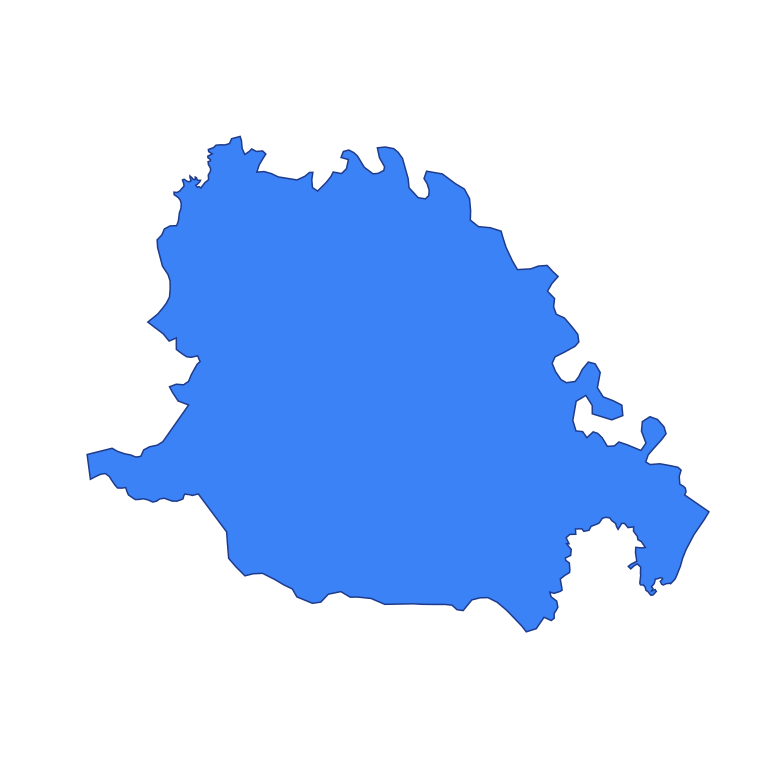 outline of Ledang, Johor, Malaysia, rotated 262°
{"feature_id": "92858781B19407525562459", "entity_name": "Ledang", "entity_type": "district", "adm_level": 2, "iso_a3": "MYS", "parent_name": "Malaysia", "parent_adm1": "Johor", "projection": "albers", "projection_center": [102.644, 2.275], "detail": "fine", "context": "isolated", "style": "filled", "palette": "blue", "viewbox_px": 768, "rotation_deg": 262, "n_neighbors": 0, "source": "geoboundaries", "source_scale": "gbopen_adm2", "svg_char_len": 5085}
<svg xmlns="http://www.w3.org/2000/svg" viewBox="0 0 768 768"><g transform="rotate(262 384 384)"><path d="M301.0,184.8L259.4,207.6L248.3,206.8L233.0,205.9L223.6,211.9L213.4,219.6L214.3,228.1L213.4,237.4L205.7,248.5L198.9,257.0L193.8,264.7L185.3,268.1L176.8,282.6L176.8,291.1L183.6,299.6L184.4,312.4L177.6,320.9L176.8,327.7L173.4,341.4L165.7,354.1L162.3,382.2L160.6,390.8L158.9,401.8L157.2,413.8L155.5,420.6L150.4,424.8L148.6,430.8L158.0,441.0L158.9,449.5L158.0,457.2L152.1,465.7L143.5,473.4L140.1,476.0L124.8,487.0L118.8,490.4L120.5,500.7L130.7,510.0L126.5,516.7L128.3,519.9L133.2,520.6L135.9,523.0L138.7,525.1L145.0,524.8L149.9,519.9L154.8,519.2L153.0,523.4L154.1,529.6L155.1,531.7L157.9,531.7L166.3,531.4L169.4,536.6L171.5,541.5L174.0,542.2L181.0,542.6L184.1,539.4L186.5,539.4L188.3,545.0L194.2,546.4L197.4,544.3L200.5,542.6L200.1,545.0L206.4,542.9L209.2,547.1L208.5,553.0L213.8,553.4L213.1,559.7L210.3,561.4L210.6,566.6L214.4,569.4L214.4,570.1L215.8,576.1L216.5,577.8L220.7,581.6L221.1,585.1L220.0,589.0L217.2,590.4L213.7,593.9L209.9,594.6L207.5,595.6L213.0,600.1L212.3,602.9L207.8,605.7L207.8,610.3L207.8,611.3L203.6,610.6L200.8,612.0L198.0,613.7L194.6,613.7L192.1,616.9L185.8,620.0L185.8,616.5L187.2,610.6L182.3,609.6L173.3,609.6L171.2,603.6L169.4,600.5L166.6,602.6L169.4,606.8L170.5,609.9L167.0,612.7L160.7,611.6L159.0,611.6L151.2,609.6L149.4,610.0L148.8,612.9L146.5,614.3L143.2,614.7L141.6,616.5L137.8,618.7L137.6,621.0L140.7,624.8L142.7,623.9L141.8,620.3L143.9,621.9L146.1,620.7L148.5,623.6L151.0,624.8L153.0,625.4L153.0,627.2L153.7,630.6L153.0,632.4L152.1,632.8L150.1,630.1L147.0,631.2L146.1,632.6L147.0,635.7L146.8,640.4L146.6,640.4L150.3,645.1L153.7,647.3L157.3,649.3L162.4,652.2L169.8,655.4L178.0,660.1L191.6,669.9L205.3,682.4L212.2,688.0L232.3,666.3L235.2,668.1L239.0,667.9L240.8,666.5L243.7,663.0L251.4,663.5L257.4,666.2L260.6,663.5L263.4,655.9L266.6,646.1L267.2,636.3L270.4,632.4L277.0,635.7L281.4,640.6L290.1,651.0L295.5,656.4L302.6,655.3L310.8,649.9L314.6,642.8L310.8,634.6L301.5,632.4L289.0,635.2L282.4,629.2L290.1,616.1L293.9,608.5L290.6,603.5L291.2,596.5L300.4,592.6L305.3,588.8L307.5,584.5L302.6,577.4L309.2,574.1L310.8,567.6L321.7,565.9L340.2,571.9L344.6,582.3L333.7,587.2L325.5,586.1L316.8,604.6L319.5,616.1L329.9,616.6L335.3,609.0L340.8,599.2L350.6,594.8L365.3,599.7L374.6,595.9L377.3,589.4L370.8,582.3L364.2,577.9L359.9,573.6L359.9,564.8L363.7,559.9L372.4,555.6L381.1,553.4L387.1,557.2L390.4,567.0L394.8,578.5L398.6,582.8L406.2,582.8L413.8,578.5L424.2,571.9L429.1,564.3L436.7,562.7L444.9,564.8L453.1,558.8L460.2,564.3L466.2,571.4L471.6,567.0L478.7,562.1L479.3,553.4L477.6,545.2L478.7,532.1L488.0,528.3L502.2,523.9L511.4,522.3L519.1,521.2L524.0,510.9L526.7,499.4L534.3,492.3L543.6,493.9L555.6,494.5L565.9,490.7L572.5,482.5L583.9,471.0L588.8,455.8L581.9,452.2L576.3,454.6L569.7,455.7L564.4,454.6L561.6,450.8L563.7,443.8L574.9,436.1L584.0,436.5L604.9,433.7L611.5,430.2L615.7,426.4L618.5,418.3L618.8,410.3L608.7,411.0L599.0,414.8L595.5,413.5L593.4,407.5L593.7,402.3L601.4,394.6L613.6,389.4L617.4,386.2L620.6,381.7L619.9,376.1L614.3,373.0L611.2,380.0L602.4,376.8L598.3,371.2L601.0,363.2L596.9,360.4L591.6,354.8L584.3,345.1L588.5,340.5L596.2,340.9L603.5,343.0L603.8,339.5L600.7,334.6L598.2,326.2L603.8,308.1L608.0,301.8L611.1,294.8L611.5,287.5L618.5,291.0L624.1,295.5L628.2,299.0L631.7,296.2L632.1,289.9L635.2,285.7L633.1,283.0L630.7,278.1L637.0,276.3L645.0,276.7L649.2,276.0L648.1,267.2L643.6,264.5L642.9,259.6L643.6,255.4L643.9,250.9L641.8,248.1L640.7,242.7L638.5,242.7L635.8,246.0L634.2,241.3L632.7,241.1L630.4,243.3L629.1,243.1L628.6,240.7L625.7,240.7L621.9,242.2L619.5,242.0L617.7,240.9L615.5,239.1L610.8,238.7L609.4,236.6L608.5,234.9L605.9,232.2L603.6,230.0L605.2,228.2L604.7,226.6L607.0,225.3L608.1,227.5L609.9,229.7L611.2,230.6L611.4,229.3L611.9,227.5L614.3,227.0L615.2,225.9L612.8,225.5L613.0,223.7L614.6,222.8L617.0,220.8L615.5,220.6L612.1,221.2L611.4,219.0L612.3,217.0L614.6,214.5L614.1,212.8L610.1,213.6L607.6,213.4L605.9,211.2L603.6,208.7L602.5,205.8L603.2,202.7L600.7,202.5L597.2,206.3L594.3,207.8L591.1,208.3L586.2,207.4L582.0,205.2L579.3,204.5L576.6,203.8L573.3,202.7L569.7,200.7L570.3,194.1L568.1,188.1L562.6,184.8L558.3,179.4L550.7,178.8L531.6,181.0L522.3,185.4L515.8,186.5L507.6,185.4L500.0,183.7L494.5,179.9L490.1,175.6L484.7,169.6L478.2,158.7L471.6,165.2L464.5,172.3L456.4,177.2L458.5,184.8L452.0,183.8L447.1,183.2L441.6,188.7L438.4,192.5L437.3,196.8L437.8,203.4L431.8,205.0L429.6,201.7L420.4,194.7L413.8,190.8L411.1,185.4L412.7,178.3L411.1,171.2L405.1,173.4L395.8,177.8L390.4,187.6L357.7,157.0L355.0,151.0L354.4,142.9L352.2,136.9L346.2,133.1L346.2,128.1L349.0,123.2L351.1,117.2L354.4,110.7L358.2,105.8L355.5,80.2L330.5,80.0L332.7,86.2L334.1,91.1L334.1,95.6L330.7,99.1L326.8,100.8L321.2,103.6L318.1,105.7L317.4,109.9L317.4,113.8L313.2,114.5L309.7,115.5L306.2,119.3L304.1,121.8L303.8,126.0L303.8,129.8L302.0,134.3L299.3,138.5L299.6,142.4L301.4,145.9L301.4,150.7L298.9,155.3L297.5,158.1L296.8,162.6L297.5,166.4L298.2,168.9L301.3,170.3L302.7,171.3L301.3,176.6L300.3,178.6L301.0,184.8Z" fill="#3b82f6" stroke="#1e3a8a" stroke-width="1.5"/></g></svg>